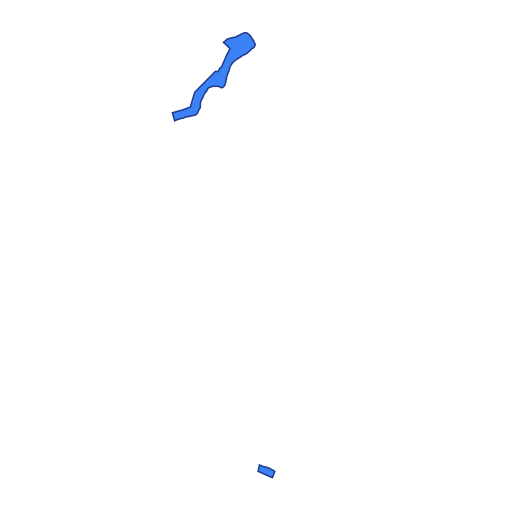 the district of Ha`ano, Tonga, rotated 252°
{"feature_id": "48082658B34496181007538", "entity_name": "Ha`ano", "entity_type": "district", "adm_level": 2, "iso_a3": "TON", "parent_name": "Tonga", "parent_adm1": "", "projection": "mercator", "projection_center": [-174.291, -19.666], "detail": "fine", "context": "isolated", "style": "filled", "palette": "blue", "viewbox_px": 512, "rotation_deg": 252, "n_neighbors": 0, "source": "geoboundaries", "source_scale": "gbopen_adm2", "svg_char_len": 3146}
<svg xmlns="http://www.w3.org/2000/svg" viewBox="0 0 512 512"><g transform="rotate(252 256 256)"><path d="M461.2,295.4L455.8,289.8L455.7,289.8L446.1,281.3L446.0,279.9L443.1,276.8L444.2,274.6L430.7,248.4L421.8,242.2L418.0,239.6L417.6,230.8L418.1,220.8L409.7,220.4L409.9,221.3L410.0,221.8L409.9,222.4L410.0,225.9L409.8,228.5L409.7,230.0L409.9,231.0L409.9,231.4L409.8,231.8L409.8,232.1L409.8,232.4L409.8,232.8L409.7,233.1L409.7,233.8L409.8,234.1L409.7,234.2L409.6,234.6L409.5,234.8L409.4,235.2L409.5,235.5L409.4,235.9L409.3,236.3L409.3,237.1L409.2,237.6L409.3,238.1L409.1,238.5L409.1,238.9L409.0,239.3L408.9,239.6L408.9,239.9L408.9,240.6L408.9,241.1L408.9,241.6L408.9,242.3L409.0,243.0L409.3,243.6L409.7,244.0L410.1,244.5L410.4,244.7L410.8,245.3L413.0,247.2L414.1,248.7L415.4,249.3L418.1,250.2L420.5,251.6L422.0,252.8L422.2,253.8L423.4,254.5L424.2,255.3L425.3,256.1L425.9,256.8L426.6,257.7L427.1,258.2L427.5,259.1L428.4,260.3L429.2,261.1L430.2,262.1L430.5,262.7L430.6,263.8L430.8,267.0L430.1,269.3L429.5,271.3L428.5,273.4L426.7,275.0L426.6,276.5L427.7,278.7L428.5,279.4L429.3,279.9L430.2,280.6L430.8,281.1L431.6,281.3L432.1,281.5L432.5,281.9L433.0,282.2L433.4,282.5L433.5,282.7L433.8,282.8L434.5,282.6L436.0,283.9L436.6,284.6L438.0,285.4L439.0,286.1L440.4,287.6L442.1,288.5L443.5,289.5L444.4,290.3L444.8,290.7L446.4,292.7L447.0,293.5L447.5,294.5L448.1,295.7L448.4,296.3L448.4,296.9L448.8,297.7L449.1,299.1L449.4,300.2L449.8,301.2L449.9,301.9L450.2,303.2L450.6,304.3L450.8,305.2L451.0,305.8L451.0,306.5L451.1,307.2L451.1,307.6L451.2,307.9L451.2,308.2L451.2,308.5L451.3,308.8L451.3,309.2L451.4,309.6L451.5,309.8L451.7,310.3L451.8,310.8L452.0,311.1L452.1,311.4L452.3,311.7L452.5,312.3L452.7,312.6L453.0,313.2L453.1,313.6L453.3,313.9L453.4,314.1L453.6,314.4L453.7,314.7L453.8,314.9L453.9,315.2L454.0,315.4L454.2,315.7L454.4,316.1L454.5,316.3L454.6,316.7L454.6,317.0L454.5,317.3L454.7,317.6L454.8,318.0L455.0,318.6L455.3,318.9L455.5,319.1L455.9,319.4L456.1,319.7L456.3,319.9L456.5,320.1L456.8,320.3L457.1,320.4L457.4,320.6L457.8,320.5L458.1,320.5L458.4,320.6L458.6,320.6L458.9,320.5L459.2,320.4L459.5,320.4L460.1,320.3L460.4,320.2L460.8,320.1L461.2,320.2L461.6,320.2L462.0,320.1L462.6,320.0L463.0,319.8L463.4,319.8L464.4,319.5L464.9,319.2L465.5,319.0L465.9,318.9L466.5,318.8L466.9,318.8L467.4,318.7L467.7,318.4L468.3,318.1L468.8,317.8L469.2,317.5L469.6,317.2L470.0,317.0L470.6,316.7L470.9,316.4L471.1,315.9L471.4,315.1L471.6,314.8L471.8,314.2L471.9,313.6L471.7,313.0L471.8,312.5L471.8,311.9L471.7,311.2L471.6,310.5L471.4,309.9L471.3,309.3L471.3,308.9L471.3,308.5L471.2,308.0L471.1,307.6L471.0,307.2L470.9,305.6L470.7,304.8L470.5,304.2L470.6,303.7L470.7,302.9L470.8,302.2L471.0,301.6L471.0,301.1L471.0,300.4L471.1,299.6L471.2,299.2L471.2,298.5L471.1,297.8L471.2,297.3L471.0,296.9L471.2,295.8L471.1,295.1L470.8,294.6L470.5,294.2L469.9,293.0L469.8,292.8L469.7,292.5L469.7,292.2L469.7,291.8L469.5,291.5L469.4,291.3L469.3,291.1L461.2,295.4ZM43.7,199.0L41.1,201.9L40.1,203.0L45.2,207.3L46.7,206.3L48.1,204.8L49.8,203.4L51.1,201.8L52.2,200.4L53.2,198.2L54.9,196.3L56.2,194.7L50.6,191.4L43.7,199.0Z" fill="#3b82f6" stroke="#1e3a8a" stroke-width="1.5"/></g></svg>